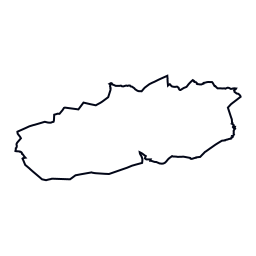 outline of Morelos, Michoacán, Mexico
{"feature_id": "50627088B83607479141313", "entity_name": "Morelos", "entity_type": "district", "adm_level": 2, "iso_a3": "MEX", "parent_name": "Mexico", "parent_adm1": "Michoacán", "projection": "mercator", "projection_center": [-101.41, 19.992], "detail": "fine", "context": "isolated", "style": "outline", "palette": "ink", "viewbox_px": 256, "rotation_deg": 0, "n_neighbors": 0, "source": "geoboundaries", "source_scale": "gbopen_adm2", "svg_char_len": 4977}
<svg xmlns="http://www.w3.org/2000/svg" viewBox="0 0 256 256"><path d="M167.3,75.8L159.9,79.1L159.3,79.4L158.8,79.6L154.4,81.8L152.3,82.7L149.5,84.1L148.8,84.6L147.6,85.5L146.8,86.1L144.7,87.7L143.1,89.5L142.9,89.8L142.7,90.0L141.6,91.3L140.7,91.2L138.8,91.2L137.9,90.9L137.5,90.8L137.3,90.7L136.9,90.4L135.8,89.7L135.7,89.6L135.3,89.4L134.8,88.9L134.4,88.3L131.9,86.6L130.6,86.4L129.9,85.5L128.7,85.5L127.5,85.9L126.7,85.6L126.2,85.6L125.6,85.7L123.3,86.4L123.1,86.4L121.7,86.2L121.1,85.7L120.3,85.7L119.5,85.9L115.8,85.9L114.1,85.1L112.5,84.5L112.2,83.9L111.6,83.2L110.7,83.2L109.5,83.9L109.8,84.1L110.4,84.2L110.5,84.7L110.3,85.4L110.0,86.1L110.5,87.5L110.3,88.0L110.6,88.3L110.5,89.9L108.2,97.2L105.9,98.9L102.4,101.5L100.4,102.8L97.4,104.4L95.8,105.3L90.4,104.2L83.5,102.6L78.4,109.4L77.5,109.3L77.0,109.2L75.5,109.0L64.9,107.6L64.0,107.9L62.5,110.2L61.4,111.5L59.5,113.8L57.4,113.7L57.0,113.9L55.4,114.4L54.5,114.6L54.2,114.7L54.0,119.3L53.9,120.0L53.9,120.7L53.8,120.9L53.5,121.8L52.2,122.1L50.8,122.7L48.2,122.6L47.3,122.4L44.8,121.8L43.4,122.2L38.7,123.6L34.6,124.8L33.3,125.1L29.4,126.3L25.5,128.1L17.4,131.7L17.5,132.9L17.8,133.9L19.2,135.7L19.4,135.9L20.4,137.3L20.9,138.3L18.6,141.0L17.8,141.9L17.1,142.8L16.6,143.8L16.5,144.6L16.6,145.1L16.8,145.6L16.7,146.9L16.4,147.7L15.8,148.2L15.8,149.4L15.4,151.0L16.0,151.2L19.0,151.4L19.6,151.5L20.0,151.6L20.1,151.8L20.5,151.7L21.0,152.0L21.8,152.7L21.8,153.3L21.9,153.6L22.1,154.0L22.8,154.3L24.2,156.4L25.4,157.7L24.7,157.8L23.0,158.2L22.7,158.4L22.5,158.6L23.1,159.8L25.2,164.9L26.9,166.3L29.5,168.5L30.1,169.1L32.6,171.3L39.7,177.3L42.0,179.3L46.1,180.2L46.7,180.0L48.7,179.5L50.6,179.1L52.0,178.7L70.0,179.3L71.3,178.4L75.5,175.3L80.7,174.3L91.6,172.4L92.3,172.7L94.7,173.1L94.9,173.1L95.5,173.2L104.5,173.8L109.0,174.0L123.4,169.0L126.9,167.8L127.4,167.6L132.0,165.7L135.5,164.7L141.4,163.1L142.1,162.9L142.3,161.3L142.4,159.5L142.1,158.0L141.5,156.4L141.2,155.8L140.3,154.4L139.9,153.4L139.7,152.2L140.7,152.7L142.3,153.6L143.3,154.4L143.5,154.5L144.6,155.4L145.6,156.0L145.8,156.1L144.9,158.3L145.4,158.8L145.9,159.1L146.3,159.4L148.7,159.4L150.6,159.4L150.4,159.8L150.3,160.0L150.2,160.7L150.2,160.8L150.9,160.7L154.5,161.9L155.8,162.0L156.3,162.0L157.2,162.4L157.6,162.6L158.5,162.9L159.4,163.4L161.9,163.7L163.4,163.5L164.9,162.8L165.7,162.0L166.2,161.6L166.8,160.8L167.4,160.1L167.8,159.6L168.0,159.3L168.4,159.0L168.6,158.8L168.8,158.6L169.3,158.1L170.6,157.2L172.1,156.1L172.6,156.3L172.9,156.5L175.9,156.6L176.0,156.6L177.8,156.9L179.7,156.8L181.5,156.8L182.5,156.7L183.6,156.7L185.3,157.0L190.0,157.9L190.3,158.0L190.5,158.3L190.6,158.7L191.4,158.8L191.7,158.9L193.1,158.5L194.2,158.1L194.6,158.0L195.5,157.8L195.9,157.8L196.1,157.4L200.2,156.9L201.8,155.2L202.2,154.8L203.4,153.6L204.9,152.0L205.9,151.4L209.0,149.2L209.8,148.6L210.7,148.0L215.4,144.7L218.1,143.0L221.9,140.7L225.0,140.4L225.1,140.1L226.3,139.8L226.5,139.7L226.9,139.6L227.2,139.5L227.4,139.5L227.6,139.5L227.8,139.4L228.6,139.1L229.4,138.9L230.2,138.8L230.3,138.8L230.4,138.7L230.5,138.6L231.5,138.5L231.7,138.4L231.7,138.5L231.5,137.4L232.1,137.2L232.3,137.3L232.7,137.0L232.7,136.9L232.3,136.0L232.5,136.0L233.0,135.9L233.3,135.7L233.8,134.5L234.0,134.3L233.9,134.1L233.7,134.2L233.6,133.4L233.8,132.0L233.8,131.9L233.7,131.8L233.6,131.0L233.6,130.9L234.1,129.9L234.3,129.6L234.6,129.1L234.9,128.9L235.2,128.6L234.9,127.9L234.6,127.3L234.8,126.9L234.7,126.9L234.4,126.9L234.1,127.3L233.9,127.3L233.9,127.5L233.6,127.7L233.5,127.8L232.9,127.0L233.0,126.8L233.5,126.1L233.7,125.8L233.8,125.5L233.8,125.4L233.7,125.4L233.4,125.1L232.8,124.3L232.8,124.2L232.2,123.9L232.4,123.8L232.4,123.7L232.4,123.1L232.4,122.8L232.2,122.7L232.0,122.3L232.0,121.8L231.9,120.4L231.8,119.3L231.5,118.5L231.0,117.1L230.9,116.8L230.8,116.5L228.8,110.4L227.9,107.6L231.0,104.2L233.3,102.4L233.6,102.2L234.5,101.5L240.6,96.8L240.2,95.6L239.6,95.0L239.2,94.5L238.6,94.1L238.2,93.8L238.0,93.7L237.6,93.7L237.0,93.6L236.6,93.5L235.9,92.9L235.7,92.7L234.6,92.0L234.5,91.5L234.1,90.4L234.3,90.2L234.9,89.8L235.2,89.5L235.7,89.2L235.7,88.9L236.0,88.5L234.2,88.3L233.6,88.5L233.1,88.4L232.0,88.8L230.7,88.9L229.4,88.1L228.4,87.8L227.7,87.7L227.1,87.9L226.2,88.3L225.3,88.7L224.8,88.4L223.7,88.4L222.6,88.5L220.2,88.3L219.2,88.3L218.6,88.3L217.5,88.3L217.0,87.8L216.7,87.6L216.4,87.3L216.3,87.2L215.2,86.0L214.6,86.1L213.6,84.4L212.8,83.0L212.1,82.1L208.1,82.0L206.7,82.2L205.4,82.6L203.6,82.9L203.6,83.6L201.1,84.5L200.2,84.4L199.6,84.4L198.0,84.1L197.4,84.1L196.9,83.9L196.9,83.2L195.9,82.2L194.5,82.0L193.7,81.3L193.7,81.2L193.7,80.9L193.8,80.8L192.8,80.1L191.7,81.0L191.1,81.6L190.9,81.8L189.7,83.0L188.5,84.3L187.7,85.4L186.5,86.9L183.7,88.0L180.5,90.0L180.0,90.0L179.4,89.6L178.7,88.5L178.6,87.7L177.0,86.6L175.0,86.9L173.9,86.8L173.1,86.7L171.7,86.3L169.8,84.2L169.2,84.6L168.2,85.3L168.0,85.5L167.7,82.5L167.6,81.6L167.6,80.6L167.6,80.4L167.5,79.8L167.5,79.5L167.6,78.5L167.4,77.3L167.4,77.1L167.3,75.8Z" fill="none" stroke="#020617" stroke-width="2"/></svg>